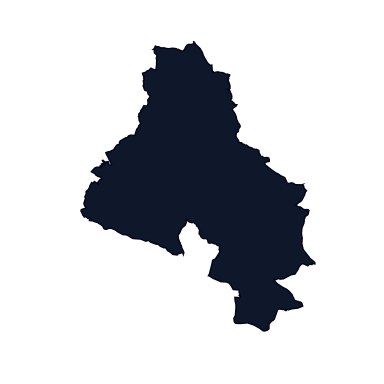 Balvanesti, Mehedinti, Romania (Albers equal-area conic projection), rotated 169°
{"feature_id": "2599482B93789531943364", "entity_name": "Balvanesti", "entity_type": "district", "adm_level": 2, "iso_a3": "ROU", "parent_name": "Romania", "parent_adm1": "Mehedinti", "projection": "albers", "projection_center": [22.672, 44.8], "detail": "fine", "context": "isolated", "style": "filled", "palette": "ink", "viewbox_px": 384, "rotation_deg": 169, "n_neighbors": 0, "source": "geoboundaries", "source_scale": "gbopen_adm2", "svg_char_len": 6038}
<svg xmlns="http://www.w3.org/2000/svg" viewBox="0 0 384 384"><g transform="rotate(169 192 192)"><path d="M265.8,247.5L269.0,247.1L268.7,245.1L268.2,243.8L265.7,234.1L265.1,233.8L268.0,234.1L268.4,236.4L268.4,237.6L268.9,237.8L269.2,237.3L270.1,237.1L270.5,238.1L271.6,237.8L273.2,240.0L273.7,240.1L274.0,239.9L273.1,237.9L273.2,237.0L275.6,236.7L275.5,235.9L272.7,236.6L273.1,236.0L272.0,236.0L272.0,235.7L275.4,235.5L277.4,234.9L277.3,233.8L276.9,233.5L276.1,233.7L276.3,233.3L280.6,234.5L282.9,234.1L286.9,231.1L283.2,228.1L283.4,227.4L281.6,225.5L279.0,224.1L278.0,222.1L278.6,221.4L279.8,221.8L282.6,219.4L282.7,218.0L285.9,220.9L287.4,219.3L288.7,220.4L291.3,217.2L291.0,216.9L293.3,214.1L295.5,212.9L296.0,212.2L295.9,210.7L298.1,207.6L297.7,206.1L300.1,201.8L300.3,201.0L299.9,198.7L298.8,197.2L299.8,196.4L304.0,195.8L304.6,194.5L303.7,191.4L303.6,190.2L302.9,189.2L302.6,188.1L300.8,188.0L299.0,185.8L298.1,186.6L297.0,185.8L298.1,183.6L294.5,182.5L293.6,181.7L290.2,179.9L288.8,178.3L288.2,178.0L286.0,175.4L285.5,173.1L284.3,172.0L282.7,171.8L280.5,172.3L278.1,171.8L274.4,169.3L272.3,167.0L268.0,163.4L265.4,162.8L263.5,161.8L259.5,158.1L258.6,157.6L251.3,155.6L246.6,152.5L244.1,152.9L243.7,152.6L242.2,150.7L237.6,147.9L235.0,147.0L233.4,144.8L230.3,142.7L228.6,142.3L227.9,141.3L227.2,139.2L224.4,136.7L223.1,134.8L222.0,134.2L218.7,133.1L218.4,133.1L218.5,133.8L213.3,134.4L212.5,133.8L212.4,132.5L211.6,134.0L212.0,136.5L212.8,139.0L212.7,140.8L213.5,143.8L213.4,144.8L214.1,145.7L213.9,146.6L214.3,148.2L213.9,152.8L212.4,153.6L210.4,156.4L210.4,157.2L209.8,157.4L208.6,158.8L205.3,160.5L203.4,163.1L203.4,164.8L202.9,165.9L200.3,163.1L198.2,162.0L196.3,161.8L195.6,161.3L193.9,159.1L193.9,157.9L192.4,156.1L192.4,155.0L191.8,153.2L193.0,149.6L192.1,148.1L191.7,146.3L191.0,145.2L189.4,144.0L187.5,143.8L186.2,143.0L185.8,141.8L185.7,139.5L185.1,138.7L184.5,138.4L182.4,138.5L179.7,136.8L178.2,136.4L177.3,134.7L175.6,134.1L175.4,133.6L175.7,131.6L176.4,130.3L176.2,129.6L175.8,129.1L176.3,127.6L181.3,122.3L182.4,121.5L184.4,121.2L185.0,120.4L186.3,117.1L190.5,108.2L191.8,106.7L190.8,106.2L188.1,103.5L180.7,98.5L175.5,97.2L173.4,95.9L172.7,95.2L171.3,92.3L170.1,88.4L164.2,86.8L164.9,84.7L164.5,82.5L165.4,81.7L165.4,81.4L164.6,80.8L164.7,80.2L164.2,79.6L164.4,79.3L165.9,79.3L170.0,80.4L170.4,76.9L170.3,73.1L171.0,69.5L173.0,62.3L174.5,60.6L175.0,59.8L175.1,58.9L175.2,56.6L174.7,55.4L174.0,54.7L169.4,53.7L162.5,53.0L156.5,49.6L151.3,45.2L149.0,42.5L147.7,41.8L147.1,41.8L144.5,42.0L142.6,43.1L141.7,47.5L138.5,50.2L137.4,50.3L135.6,51.4L131.4,58.6L130.3,60.2L129.8,60.5L128.8,60.6L124.1,59.1L122.9,57.9L122.3,57.7L121.4,58.5L119.8,58.0L116.1,58.3L110.1,57.9L105.1,58.9L105.5,62.1L106.2,62.9L110.9,65.4L112.1,66.4L112.4,67.1L112.4,68.7L113.1,69.8L113.2,71.6L113.7,72.8L114.4,73.4L114.5,74.2L116.3,76.8L117.7,78.4L120.9,80.9L125.2,85.0L126.4,86.5L128.2,89.7L128.2,90.0L125.2,90.2L124.2,90.7L121.6,89.6L118.8,89.4L110.6,91.9L106.7,91.8L103.0,95.5L101.0,98.4L98.3,100.4L97.6,100.6L95.9,100.0L92.3,97.5L90.7,98.6L88.0,98.0L87.8,98.9L85.1,98.0L85.0,99.5L89.3,104.8L89.4,105.5L93.4,113.2L93.9,114.8L94.1,120.3L92.6,125.9L92.7,128.2L92.5,129.1L92.5,130.8L90.9,135.9L88.2,140.0L87.4,142.1L87.2,143.5L85.4,146.4L82.6,147.6L81.3,150.3L81.4,150.8L80.8,151.4L81.5,152.5L85.6,153.4L88.5,156.6L90.9,157.3L92.4,159.4L89.0,161.4L87.2,161.9L85.5,163.3L82.3,167.4L80.7,170.3L79.4,171.4L81.2,174.3L81.7,176.4L81.3,176.5L82.1,178.0L81.8,178.2L83.1,178.1L89.1,179.4L90.8,181.1L92.2,181.9L96.7,182.0L98.2,188.4L101.9,191.1L104.2,193.5L105.9,194.6L109.4,198.2L114.8,204.4L115.3,206.8L113.4,207.2L113.0,208.0L111.9,207.3L110.4,207.3L110.0,208.8L110.2,210.7L111.9,211.6L114.9,211.8L115.3,212.0L116.0,213.4L117.5,213.7L118.0,214.7L118.1,216.2L118.8,216.9L118.5,220.0L120.8,221.7L122.1,221.7L123.0,222.4L124.0,222.4L124.5,223.6L127.5,225.2L129.5,227.6L130.9,227.7L131.4,228.6L132.1,228.8L133.8,230.2L133.9,230.9L135.6,231.2L136.4,232.0L136.6,233.7L137.8,236.5L138.2,238.2L138.1,239.1L137.0,241.9L135.0,242.5L134.5,244.4L133.9,245.4L132.3,246.9L132.2,247.6L132.5,249.3L133.6,251.4L134.3,254.5L134.3,257.8L135.1,261.3L136.6,264.6L136.6,265.8L134.9,267.0L132.5,267.9L131.4,269.1L132.8,269.5L133.4,270.1L134.7,270.4L134.7,271.0L133.8,271.0L133.9,271.3L135.4,273.3L136.1,273.7L136.6,274.3L136.6,274.7L135.1,276.5L134.7,278.4L134.7,280.1L135.5,283.1L135.6,284.8L137.7,285.7L137.6,286.1L135.6,286.2L134.8,286.8L134.9,287.6L134.5,288.5L134.5,289.6L134.9,293.0L135.2,293.6L135.2,294.8L134.9,295.7L134.4,296.1L134.6,296.6L134.2,297.7L132.9,299.1L132.7,299.7L134.8,301.0L136.3,301.1L137.8,302.5L139.4,303.4L141.4,303.9L143.7,305.0L148.8,305.0L148.9,305.5L148.3,306.2L149.0,306.7L148.4,312.8L149.5,312.8L150.3,313.2L152.2,315.8L154.7,323.1L155.5,328.0L156.0,328.9L156.6,331.1L160.2,336.2L161.8,339.8L161.6,338.9L161.8,337.5L162.9,337.0L165.1,337.0L167.0,337.5L168.8,337.1L170.2,335.9L171.7,333.9L173.7,331.9L175.8,332.7L178.3,334.6L179.3,334.7L179.8,335.4L180.7,335.9L184.0,336.9L187.3,337.0L190.3,337.9L191.4,338.7L195.1,339.4L197.0,340.9L199.0,341.3L200.1,342.2L201.8,339.8L202.9,339.3L201.2,338.6L202.3,336.9L202.3,336.1L202.0,335.3L200.7,333.7L200.3,332.3L201.4,330.5L201.6,327.4L202.2,325.4L202.5,323.3L203.1,322.0L203.7,319.7L204.3,319.2L205.2,319.0L207.5,320.3L208.1,321.1L208.8,321.3L211.0,319.7L213.2,319.3L214.5,318.4L217.9,318.0L217.6,315.1L217.3,314.3L217.7,312.8L217.3,311.7L218.5,310.6L218.6,307.2L219.7,305.5L219.3,303.5L219.3,302.3L218.7,300.6L216.8,300.1L216.4,298.6L216.4,296.6L215.3,294.9L214.6,294.5L215.4,293.1L217.9,290.7L218.0,288.3L218.6,286.1L220.3,285.0L222.8,285.9L224.3,284.0L227.0,281.3L226.8,280.4L228.9,279.1L229.4,278.2L229.4,277.3L230.1,276.5L229.8,276.1L230.2,272.3L229.3,269.5L229.7,268.7L231.5,267.2L232.6,265.3L234.1,264.3L236.4,260.3L237.1,258.4L241.8,259.5L243.7,259.1L244.2,258.4L245.5,257.8L246.5,257.9L251.9,256.1L252.9,255.6L253.7,254.6L253.6,254.0L254.0,253.1L254.8,252.6L256.3,252.6L257.4,251.9L261.0,248.3L263.5,247.8L264.8,247.0L265.8,247.5Z" fill="#0f172a" stroke="#020617" stroke-width="1.5"/></g></svg>